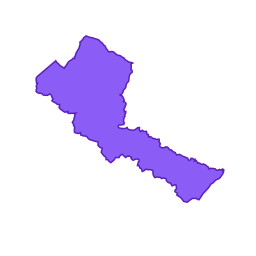 Sete Quedas, Mato Grosso do Sul, Brazil (Robinson projection), rotated 55°
{"feature_id": "56859067B99302609455873", "entity_name": "Sete Quedas", "entity_type": "district", "adm_level": 2, "iso_a3": "BRA", "parent_name": "Brazil", "parent_adm1": "Mato Grosso do Sul", "projection": "robinson", "projection_center": [-54.99, -23.874], "detail": "fine", "context": "isolated", "style": "filled", "palette": "violet", "viewbox_px": 256, "rotation_deg": 55, "n_neighbors": 0, "source": "geoboundaries", "source_scale": "gbopen_adm2", "svg_char_len": 4723}
<svg xmlns="http://www.w3.org/2000/svg" viewBox="0 0 256 256"><g transform="rotate(55 128 128)"><path d="M218.9,74.9L217.3,74.8L215.7,75.0L215.5,76.3L214.3,77.0L214.2,78.2L213.7,79.4L212.6,79.9L211.3,80.1L210.0,81.5L208.9,82.9L208.0,83.8L208.2,85.1L206.8,85.0L205.6,84.7L204.0,85.5L202.9,85.5L201.9,86.3L200.8,86.7L200.5,87.9L199.6,88.8L198.4,89.3L197.2,89.9L196.6,91.1L195.2,90.8L193.5,90.9L193.2,92.5L192.0,91.1L191.6,92.1L190.6,92.4L189.6,92.8L189.0,94.0L189.9,94.8L189.7,96.5L188.3,96.8L186.9,96.4L185.8,97.2L184.4,98.0L182.7,99.2L181.8,99.8L180.4,100.2L179.1,101.0L178.5,102.5L178.1,103.6L177.0,103.6L175.3,103.4L174.1,104.0L173.1,104.9L171.4,104.8L170.4,105.5L169.6,106.4L167.7,106.3L166.2,106.7L165.1,107.8L164.8,110.0L163.4,111.6L161.9,112.6L160.4,112.1L159.6,110.7L158.5,110.4L157.3,110.6L156.2,109.6L155.1,108.9L154.3,110.0L153.6,111.4L151.9,112.3L150.8,113.7L149.2,114.0L147.9,114.6L147.2,116.2L145.9,115.5L144.9,115.1L144.1,116.0L143.1,115.7L141.4,114.8L140.6,115.8L139.9,117.2L138.2,117.4L137.9,118.6L138.2,119.8L137.2,119.8L135.9,119.8L135.0,118.9L134.1,118.3L133.3,120.0L133.4,121.6L133.4,122.8L133.1,124.8L131.8,126.1L130.8,127.3L129.8,128.2L128.5,128.7L127.1,128.4L126.9,130.3L125.8,132.1L125.1,133.0L123.8,134.3L122.9,135.2L121.8,135.4L120.7,134.6L120.4,133.3L121.5,132.1L122.0,130.8L122.7,129.5L121.7,128.1L120.6,128.0L119.3,127.3L118.4,126.4L117.7,125.6L116.9,124.9L116.7,123.7L115.3,123.2L114.9,122.0L114.1,121.0L113.1,120.3L112.7,121.6L111.4,121.1L110.4,120.9L109.7,119.1L108.4,117.7L107.9,116.5L106.7,115.5L105.3,115.6L103.7,116.6L103.4,115.4L101.9,114.8L100.6,114.6L99.3,114.3L98.2,114.4L97.3,115.2L96.3,115.6L96.6,113.9L96.2,112.4L95.7,111.5L94.4,109.9L93.9,107.6L93.1,106.1L92.1,105.2L91.2,104.2L90.5,102.9L90.4,101.7L89.7,100.2L88.6,99.4L87.8,98.5L86.8,98.0L86.0,96.9L85.1,95.5L84.8,94.3L84.8,92.7L83.9,92.0L82.8,91.6L81.9,92.1L80.8,91.2L79.8,90.2L79.0,89.7L77.3,88.9L77.5,86.9L76.5,87.5L75.2,88.8L74.4,89.5L73.4,89.9L72.0,90.5L70.5,91.0L69.4,91.4L68.1,91.1L66.9,92.0L65.4,92.4L63.8,93.2L63.1,94.2L61.8,95.0L60.0,95.6L58.8,95.9L57.6,96.1L56.3,97.1L55.3,98.7L54.6,100.0L53.6,100.2L52.2,100.1L50.5,100.3L48.7,99.9L47.3,99.7L46.5,100.3L45.0,100.3L43.2,100.4L42.2,100.8L41.2,101.2L39.7,101.2L38.0,102.1L36.6,103.2L35.4,104.2L34.2,105.0L32.8,106.2L31.7,107.4L30.8,108.0L29.8,108.6L28.5,109.6L28.7,112.6L29.5,114.1L29.7,115.5L30.0,116.7L30.1,118.2L31.1,118.6L32.5,119.9L33.3,121.0L34.2,121.9L34.8,122.9L35.4,124.7L36.2,125.9L36.5,127.0L37.6,128.5L38.6,129.8L39.1,131.0L40.5,131.8L39.4,132.8L39.8,134.7L39.6,136.4L39.6,137.9L39.8,139.3L40.3,140.4L40.9,141.9L41.5,143.2L41.8,144.7L42.5,146.1L41.3,146.5L40.3,146.7L39.4,147.3L38.3,147.7L36.8,148.0L34.9,148.2L33.3,148.8L31.5,148.6L33.7,172.1L34.1,173.9L34.7,174.8L35.8,175.6L37.0,176.2L38.8,177.2L39.4,176.4L40.4,178.0L41.3,179.4L43.0,179.7L43.8,181.0L45.4,182.4L46.8,182.0L48.6,180.9L49.7,179.4L51.0,178.7L52.5,178.5L53.3,177.4L54.2,176.4L55.1,175.2L55.3,172.4L57.2,172.0L59.0,172.6L61.1,172.7L62.0,174.7L63.0,174.5L66.3,172.8L68.2,172.3L68.9,171.4L69.6,170.5L71.7,172.7L73.0,172.7L74.4,172.3L75.5,172.0L78.7,170.8L79.5,169.1L80.0,167.8L80.7,168.8L82.1,168.2L85.9,162.3L85.9,163.6L88.4,165.4L89.0,166.6L90.2,167.4L90.6,168.4L91.5,170.4L93.5,170.4L94.8,171.2L96.9,171.2L97.7,172.2L100.5,174.2L101.6,174.0L104.1,171.8L104.6,169.6L106.6,170.7L108.5,169.4L109.7,168.2L110.9,166.8L112.6,166.6L113.9,166.6L115.3,166.2L120.0,162.6L122.2,160.6L123.3,161.2L124.8,162.5L126.4,162.4L128.1,162.0L129.6,160.7L130.8,161.6L131.9,163.3L132.9,164.0L136.7,163.7L138.0,163.4L138.9,163.0L140.4,163.4L141.3,164.1L142.4,162.7L143.9,162.8L146.5,162.0L146.4,159.5L146.3,157.9L145.8,156.7L145.1,155.0L147.1,152.4L146.3,150.8L146.0,149.7L146.2,147.9L150.8,146.9L150.7,144.9L151.3,143.9L152.2,142.8L154.1,142.0L154.9,143.0L157.3,142.4L158.2,138.8L159.9,137.2L161.5,137.7L161.7,139.0L162.9,140.3L164.1,141.8L165.5,140.7L167.8,141.2L168.8,140.4L171.8,141.3L172.2,139.3L172.0,137.1L172.8,136.2L173.8,135.4L174.6,134.0L176.8,132.1L177.9,132.3L178.8,133.2L179.7,133.6L181.0,134.3L182.4,134.5L183.9,134.5L185.1,131.9L186.1,131.0L186.7,130.1L188.8,129.4L189.0,128.1L189.9,127.0L191.5,125.9L193.0,126.7L195.4,126.5L196.5,125.9L197.2,124.8L200.7,125.1L201.4,122.0L202.3,121.4L203.9,122.2L205.6,123.1L205.9,125.1L207.0,126.1L209.9,125.0L211.0,126.5L215.0,124.8L218.5,124.5L220.0,124.5L222.1,122.7L222.8,121.9L222.6,119.1L222.6,115.7L224.9,112.5L226.6,111.9L227.5,110.9L226.3,107.9L225.5,105.8L224.7,104.0L224.3,101.5L223.8,99.3L223.3,97.0L222.8,95.4L222.1,93.7L221.6,92.6L221.6,91.2L221.7,89.3L221.2,87.4L221.0,85.8L221.3,84.0L221.7,82.4L221.5,81.1L220.9,79.5L220.2,77.3L218.9,74.9ZM217.3,74.8L217.4,73.6L216.3,73.8L217.3,74.8Z" fill="#8b5cf6" stroke="#5b21b6" stroke-width="1.5"/></g></svg>